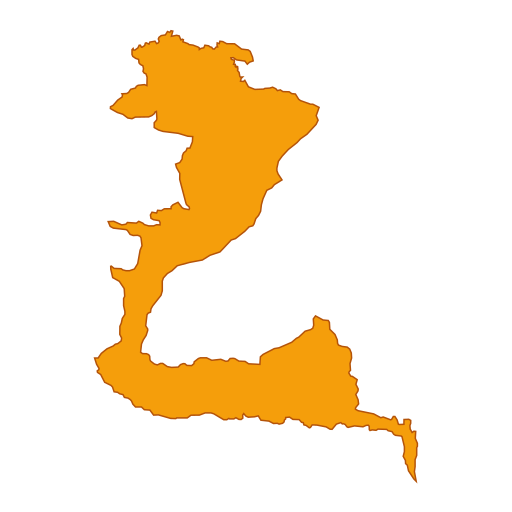 outline of Desamparados, San José, Costa Rica
{"feature_id": "36466004B53955295164101", "entity_name": "Desamparados", "entity_type": "district", "adm_level": 2, "iso_a3": "CRI", "parent_name": "Costa Rica", "parent_adm1": "San José", "projection": "natural_earth1", "projection_center": [-84.044, 9.811], "detail": "fine", "context": "isolated", "style": "filled", "palette": "amber", "viewbox_px": 512, "rotation_deg": 0, "n_neighbors": 0, "source": "geoboundaries", "source_scale": "gbopen_adm2", "svg_char_len": 6002}
<svg xmlns="http://www.w3.org/2000/svg" viewBox="0 0 512 512"><path d="M416.2,481.3L414.4,471.6L415.1,466.6L415.1,459.6L416.7,455.4L416.7,447.6L417.4,446.3L417.4,443.3L415.3,438.4L415.7,431.4L413.9,431.2L412.1,432.5L410.2,429.1L409.9,425.6L410.7,423.3L410.7,420.4L408.8,419.3L404.0,419.5L403.9,424.3L399.5,424.5L398.4,424.2L397.1,419.9L394.9,416.5L393.3,416.5L391.6,419.4L390.6,419.8L383.2,417.0L380.8,417.7L373.7,413.9L358.1,410.7L355.4,409.2L355.6,407.7L358.6,403.9L358.1,399.8L355.8,394.5L358.0,390.9L358.2,389.0L355.9,384.3L357.2,379.7L352.4,376.4L350.8,376.2L348.8,373.0L349.2,371.7L350.5,370.3L350.0,363.6L351.6,358.0L351.3,353.0L349.7,349.1L347.2,347.1L342.0,346.4L338.5,345.1L337.6,343.4L337.3,339.9L335.0,334.5L329.8,329.3L329.4,322.4L328.3,320.5L323.1,320.0L315.5,315.9L313.3,318.9L313.7,325.2L312.8,328.2L310.7,329.6L305.1,331.2L298.7,337.2L296.4,338.3L291.7,342.3L279.0,347.8L274.3,348.6L263.1,354.4L260.4,356.8L259.9,364.4L248.6,363.8L245.1,361.4L238.9,361.1L234.8,358.6L233.1,358.3L230.1,358.5L228.0,361.0L225.8,361.3L220.8,359.3L211.8,360.3L206.6,357.8L200.4,357.8L198.4,358.5L194.2,361.8L193.9,363.7L191.6,365.6L186.8,365.4L184.9,363.7L183.2,363.6L180.5,364.6L178.1,367.1L171.5,367.4L167.3,366.6L162.7,363.4L160.5,363.4L157.4,364.9L154.5,364.1L150.6,361.1L149.9,359.6L149.7,356.2L148.6,354.6L146.5,353.7L142.5,353.6L140.6,352.2L141.5,344.0L143.3,339.8L146.1,335.5L147.7,330.5L147.7,329.0L145.7,325.8L147.0,314.7L148.2,313.1L150.5,312.2L151.0,308.8L152.7,305.8L161.0,295.3L162.3,290.8L162.3,281.1L163.4,277.9L167.4,273.5L172.0,270.7L177.3,265.7L189.6,262.4L202.4,260.0L209.9,255.3L220.0,251.9L231.2,240.0L235.5,238.6L244.9,231.2L249.1,226.8L252.8,225.8L254.0,224.0L255.8,218.6L258.5,215.5L260.6,211.3L261.4,204.7L263.0,198.8L266.8,190.3L271.7,187.9L274.4,184.6L282.0,179.9L278.1,174.0L276.9,170.7L276.9,168.1L278.4,161.3L282.1,156.2L288.3,149.5L297.0,142.6L300.5,138.8L306.9,134.3L316.1,124.4L318.1,120.2L316.2,115.7L319.1,107.4L312.8,104.2L310.5,104.2L300.5,100.6L298.7,99.3L295.4,94.0L291.7,93.6L289.2,91.8L282.9,91.6L280.3,89.9L277.4,90.6L275.9,88.8L272.6,87.2L269.7,88.1L264.8,88.4L263.6,89.1L254.8,89.4L248.4,86.8L244.8,80.3L243.4,81.5L240.5,81.2L241.1,78.5L242.6,77.0L240.4,77.1L239.8,76.3L239.1,72.4L237.5,70.5L237.9,69.1L237.6,66.6L236.3,66.2L236.1,67.2L235.3,66.6L235.3,64.4L233.6,64.3L234.4,61.9L234.3,60.2L231.4,59.4L230.9,57.8L233.2,57.6L236.6,59.9L244.9,61.1L247.3,64.2L249.5,62.2L253.2,60.9L252.5,57.1L250.2,51.4L248.2,49.9L241.6,49.1L234.6,43.8L226.7,43.7L222.8,41.6L219.9,41.2L219.3,43.6L217.2,42.9L217.0,45.1L217.6,46.9L216.2,47.0L214.3,49.1L212.7,48.8L211.7,47.3L209.9,46.8L208.7,45.8L204.9,45.2L203.8,47.8L200.9,48.4L199.3,49.5L199.2,47.8L198.0,47.0L193.0,45.1L189.1,44.6L187.9,43.6L182.9,41.8L183.4,39.7L182.3,39.2L180.9,39.9L179.2,35.9L176.6,35.3L171.4,36.3L172.8,31.1L171.0,30.7L169.7,32.4L167.5,31.5L165.4,34.9L161.2,35.6L159.0,37.3L158.3,39.0L159.2,41.4L158.0,43.1L156.6,43.6L155.0,41.2L149.8,42.1L149.0,44.1L146.1,42.8L145.3,43.2L144.7,45.5L142.1,47.2L141.4,47.2L140.4,45.2L139.2,45.2L137.9,47.9L134.8,50.1L133.5,50.0L133.1,48.5L132.0,49.7L132.0,54.5L132.8,56.4L135.7,58.4L138.6,59.4L139.0,62.9L140.3,64.4L142.9,65.8L143.5,68.8L143.0,71.4L144.2,73.1L146.0,73.9L147.1,77.1L146.9,85.6L144.5,84.6L138.1,85.3L136.3,86.4L135.5,88.0L130.7,89.3L128.6,92.4L126.8,93.5L121.9,93.8L122.5,94.9L122.1,97.0L117.7,100.1L113.1,105.4L110.5,106.7L110.4,108.6L117.4,112.5L122.9,114.3L127.8,118.0L132.0,118.7L135.3,117.1L148.7,116.9L151.8,115.6L154.1,113.8L155.2,111.9L156.4,111.4L156.9,118.8L156.5,120.2L154.2,122.7L154.2,127.5L154.8,127.9L158.5,130.0L162.9,131.4L178.2,133.3L187.7,136.2L192.7,136.6L192.4,141.8L189.9,148.1L187.1,148.2L186.2,150.7L183.5,153.0L182.4,155.7L182.1,159.1L179.7,162.6L175.6,164.1L176.5,167.5L179.8,173.4L179.7,179.4L185.8,202.7L186.5,204.6L189.2,206.9L189.5,208.7L189.0,209.6L183.9,208.7L182.1,207.7L178.0,202.3L172.9,204.8L171.1,206.7L171.1,208.7L164.3,208.8L161.4,210.6L157.6,210.3L156.6,213.0L152.0,212.2L150.4,215.0L151.0,218.3L153.5,219.7L159.2,220.7L160.1,222.7L160.0,224.9L156.6,224.7L153.6,225.9L148.7,225.9L144.4,224.6L142.9,223.2L138.8,221.3L136.4,223.1L127.4,222.5L125.9,224.2L121.8,224.9L113.7,221.3L108.2,221.6L110.2,226.4L113.3,228.1L126.0,229.6L127.4,230.4L130.1,234.4L133.2,235.5L137.5,235.3L139.9,236.1L141.0,237.8L142.0,245.7L140.1,250.2L137.7,263.6L134.4,269.0L129.5,270.7L126.0,270.7L122.8,269.9L121.1,268.7L114.1,268.4L111.3,266.1L110.7,266.3L110.8,269.3L112.7,277.6L119.3,281.3L124.2,288.6L124.7,296.3L123.6,298.5L123.6,305.6L124.9,311.4L124.9,314.4L122.3,318.4L121.3,323.1L119.9,326.3L119.8,334.4L121.6,338.0L121.2,340.9L117.8,343.6L115.3,344.2L113.2,346.0L107.0,348.8L101.3,353.4L98.1,358.0L94.6,358.0L96.6,364.3L99.0,368.4L98.8,369.7L97.2,370.9L97.5,372.4L100.7,374.5L104.7,382.3L111.0,385.4L112.5,387.0L114.1,391.8L117.6,392.3L119.7,393.8L123.0,394.6L124.4,397.4L128.0,398.1L130.3,399.6L131.5,401.0L132.9,404.2L135.5,407.0L141.5,407.0L144.3,409.7L149.9,410.1L153.6,415.1L158.4,414.9L170.6,418.4L175.8,418.6L176.7,417.9L187.3,417.9L191.0,415.2L199.4,415.1L205.2,412.9L211.0,412.9L213.8,413.8L223.7,419.7L226.8,419.7L228.9,418.4L229.5,418.9L233.9,418.9L235.9,417.7L238.9,419.4L241.1,419.5L242.8,418.2L242.7,415.1L243.7,413.6L245.9,416.1L248.2,417.2L254.5,416.8L258.3,415.9L260.9,420.2L268.9,421.1L273.5,423.5L277.3,423.3L279.1,424.1L282.6,423.3L284.0,422.0L284.5,419.9L285.6,419.0L285.7,417.5L289.5,417.1L292.9,419.4L299.2,419.6L301.5,422.3L303.3,422.6L303.9,424.9L306.1,425.4L309.3,427.8L310.4,427.5L312.2,424.9L317.0,425.1L326.2,426.9L330.0,429.2L332.1,429.3L336.4,424.1L340.8,422.6L342.7,424.3L342.5,423.8L343.6,423.8L345.2,424.5L346.9,426.8L348.1,427.4L354.5,425.9L363.0,426.8L366.1,425.4L368.3,425.2L369.2,426.3L369.3,429.7L370.0,430.5L372.2,429.9L376.1,430.3L378.0,429.1L386.7,429.4L388.1,430.7L392.0,431.6L393.7,434.2L395.4,435.3L401.2,436.0L402.0,436.7L404.4,446.7L404.4,451.7L403.2,456.3L405.4,460.4L405.6,463.6L407.3,465.2L408.5,470.8L413.8,478.9L416.2,481.3Z" fill="#f59e0b" stroke="#b45309" stroke-width="1.5"/></svg>